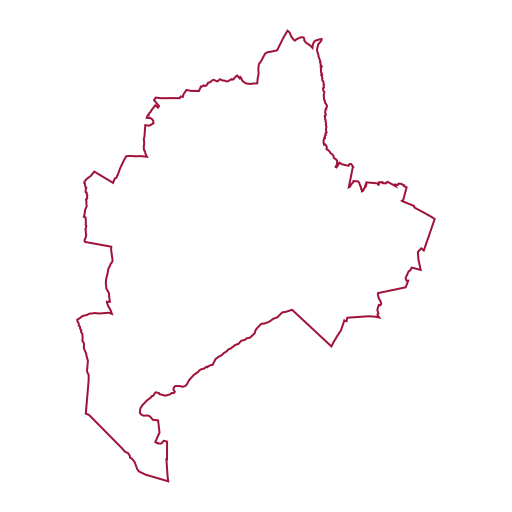 Huamantla, Tlaxcala, Mexico (Robinson projection)
{"feature_id": "50627088B18788314814014", "entity_name": "Huamantla", "entity_type": "district", "adm_level": 2, "iso_a3": "MEX", "parent_name": "Mexico", "parent_adm1": "Tlaxcala", "projection": "robinson", "projection_center": [-97.937, 19.323], "detail": "fine", "context": "isolated", "style": "outline", "palette": "rose", "viewbox_px": 512, "rotation_deg": 0, "n_neighbors": 0, "source": "geoboundaries", "source_scale": "gbopen_adm2", "svg_char_len": 5945}
<svg xmlns="http://www.w3.org/2000/svg" viewBox="0 0 512 512"><path d="M379.3,317.5L377.5,314.9L377.6,314.0L378.4,313.2L377.5,310.8L377.5,308.9L378.8,304.9L380.1,305.3L381.2,304.1L381.0,302.7L379.8,299.8L378.8,298.6L377.9,294.6L378.0,293.1L405.7,287.3L408.2,280.7L406.5,280.7L405.6,278.0L408.7,271.2L410.2,270.5L411.7,267.6L420.7,269.9L418.4,259.4L417.9,251.9L421.3,248.3L423.8,250.5L434.7,219.0L431.2,216.7L414.4,207.5L414.1,206.0L401.9,201.0L401.8,200.8L403.1,200.4L406.6,187.3L404.0,186.2L404.2,185.3L401.8,184.4L401.6,183.9L399.0,183.6L398.4,183.7L398.1,184.8L397.8,184.9L395.2,184.6L395.9,186.4L387.6,181.8L386.6,182.3L386.2,183.3L382.5,183.2L382.5,182.2L379.1,182.2L378.7,184.8L378.2,184.8L378.0,184.5L378.5,183.4L366.4,182.4L366.4,183.2L365.8,184.1L366.3,184.7L365.2,185.7L365.8,186.4L365.1,186.8L364.9,187.7L364.2,188.1L363.0,190.8L361.9,191.3L361.8,189.7L361.1,189.0L361.3,188.2L360.9,187.6L360.8,186.5L360.2,185.8L359.1,182.6L358.3,181.5L353.5,181.0L353.4,181.9L351.0,184.7L350.1,186.6L348.8,187.3L352.8,167.2L353.2,167.0L351.3,164.1L350.4,164.0L349.2,164.3L348.6,165.8L342.1,164.3L339.5,162.7L338.9,163.7L338.7,163.6L338.3,164.8L336.4,167.4L335.6,166.9L337.1,164.0L337.1,160.9L336.2,159.5L333.8,157.9L333.5,155.9L332.6,154.7L330.7,153.2L329.5,151.4L327.7,149.7L326.6,149.4L326.8,146.9L325.8,145.1L324.9,144.2L324.1,144.7L323.5,142.5L323.7,139.7L324.8,138.4L324.3,137.8L325.0,137.2L324.7,136.1L325.7,135.3L325.4,134.1L325.8,133.7L325.8,132.7L326.5,132.5L325.9,129.4L326.4,127.3L326.2,126.8L326.4,126.1L325.8,124.9L326.1,123.1L325.4,121.1L325.7,120.2L325.0,118.9L325.1,117.0L324.6,116.2L324.7,115.8L325.7,115.2L325.7,113.7L325.1,112.9L325.4,110.2L325.6,109.4L326.2,109.2L326.0,108.5L326.8,107.2L326.9,105.5L326.1,104.0L324.9,102.5L324.6,100.0L324.1,99.7L323.7,95.3L324.4,92.1L323.4,90.8L323.0,88.4L323.9,87.6L323.6,87.1L323.8,85.2L324.1,84.8L323.6,84.0L323.4,81.8L322.1,79.8L322.5,78.3L322.1,77.7L321.9,75.8L321.5,75.5L322.1,74.9L321.5,74.3L321.8,74.2L321.8,73.3L321.0,72.1L320.9,69.8L321.2,69.0L320.9,68.4L321.3,67.0L321.0,66.8L321.6,66.5L321.0,66.0L321.2,65.7L320.5,64.2L320.5,62.6L320.0,62.2L320.4,61.7L318.4,55.9L318.5,55.3L317.2,51.4L317.0,49.3L318.1,44.9L318.8,43.7L321.3,40.8L321.6,39.1L319.7,39.3L315.0,40.8L313.6,42.7L312.8,44.9L312.5,47.9L310.2,45.5L306.0,42.7L304.3,40.5L304.4,39.4L303.7,37.6L302.1,37.2L300.2,37.5L296.4,39.3L295.1,40.6L293.6,39.7L291.5,36.9L289.5,32.4L287.5,30.7L283.5,37.5L277.1,50.3L270.5,51.8L267.7,52.1L265.1,53.6L261.0,61.3L258.9,64.1L258.3,69.0L258.6,73.6L257.7,78.3L257.2,83.4L253.2,83.5L251.1,84.0L246.2,83.5L243.4,81.8L241.8,79.8L241.0,77.8L240.3,77.0L239.6,78.3L237.2,75.5L234.6,77.6L233.7,79.2L232.2,79.7L231.5,79.6L231.5,79.2L231.0,79.3L228.4,81.1L227.6,81.3L226.4,81.4L224.2,80.5L222.6,80.5L219.9,79.2L218.2,80.9L217.1,81.4L213.6,79.8L212.5,80.2L209.8,82.4L208.2,82.6L206.9,84.9L205.7,85.9L205.0,86.0L203.8,85.3L201.7,86.7L200.9,86.5L199.0,91.0L191.3,90.9L186.4,90.0L183.3,94.6L182.8,96.9L180.6,96.5L179.8,98.1L161.0,98.2L155.8,97.6L154.0,100.1L159.0,106.0L158.0,107.6L155.3,105.3L151.1,110.7L150.8,111.6L149.2,113.3L148.5,114.5L148.7,115.3L148.0,115.2L147.6,115.5L146.7,117.8L150.5,118.1L152.2,119.3L153.3,120.8L153.2,122.0L153.5,123.3L149.2,125.7L145.3,125.1L144.4,137.1L143.8,138.5L144.2,143.2L143.7,147.8L144.1,150.2L145.0,151.4L145.4,153.6L147.0,156.8L140.7,156.1L135.3,156.3L130.1,155.9L126.2,156.3L124.2,159.7L120.0,168.6L117.6,175.3L116.8,176.3L116.5,177.7L114.6,178.7L114.4,179.9L113.7,180.8L113.1,182.9L94.3,171.6L90.8,175.9L86.0,179.5L85.5,180.6L84.4,181.7L84.3,183.2L84.9,183.5L84.9,185.1L85.6,187.2L86.3,187.8L85.8,188.5L85.6,192.0L86.7,192.6L86.6,194.1L87.4,195.4L87.0,196.9L87.2,198.3L86.8,198.5L86.7,199.1L86.0,199.6L86.5,201.5L86.3,202.7L86.7,206.1L85.1,210.0L84.3,215.7L83.8,216.5L84.0,217.0L85.6,217.5L85.9,222.6L85.6,224.7L86.3,225.8L86.0,227.7L85.4,228.9L85.8,230.0L85.6,231.9L86.2,234.6L85.9,236.9L84.6,240.1L84.6,241.5L85.3,242.0L111.3,246.7L111.1,249.6L112.6,260.6L112.1,262.1L110.5,264.1L109.7,266.5L108.8,267.7L108.3,269.0L107.6,273.1L106.2,279.0L105.8,282.5L106.4,288.8L108.5,292.2L109.2,293.9L109.0,295.5L109.9,301.8L106.9,301.7L106.9,302.2L107.9,305.4L110.9,310.9L111.9,313.9L108.9,312.7L101.0,313.4L97.2,313.4L94.8,313.0L92.1,313.5L89.8,313.5L86.7,315.0L82.5,316.0L79.3,318.5L77.3,319.6L77.4,321.1L78.7,323.4L78.8,325.7L80.0,326.7L80.1,328.7L81.3,330.4L81.0,331.4L81.3,332.5L82.3,333.6L82.6,337.1L82.4,340.5L84.0,343.7L83.9,348.4L86.2,353.6L86.2,354.5L87.9,360.9L87.0,371.0L87.5,372.7L88.7,375.0L88.6,380.8L85.8,413.6L89.0,414.9L122.5,448.8L124.7,451.5L128.0,453.1L129.8,455.8L130.0,457.6L132.3,459.0L134.6,462.1L137.3,469.2L138.7,471.3L145.7,474.7L168.2,481.3L167.6,476.6L166.4,459.3L167.0,459.4L167.1,441.6L163.9,440.8L162.7,441.7L162.3,442.7L160.5,443.7L157.6,443.3L157.5,442.9L156.3,442.8L155.3,442.0L159.5,432.6L158.1,420.4L152.9,419.8L150.3,416.8L149.1,415.9L147.2,415.5L143.5,415.7L141.2,414.5L139.9,412.8L140.1,410.1L140.6,407.9L142.4,405.2L147.0,400.4L150.8,397.6L151.3,396.4L153.0,395.9L154.1,394.5L154.6,393.4L155.8,392.3L159.0,393.1L159.4,394.1L165.3,395.7L169.7,394.5L171.8,393.0L173.5,393.1L174.4,392.6L174.8,391.6L173.5,389.9L173.5,388.5L174.7,386.5L175.5,386.0L180.2,386.1L182.4,386.8L185.1,386.1L186.7,384.6L189.4,379.7L193.9,374.8L196.5,373.2L196.9,372.5L197.8,372.3L199.3,370.4L201.9,369.0L203.9,368.7L206.4,366.8L207.4,367.2L208.5,366.1L211.0,365.1L212.6,364.9L215.6,359.0L218.9,356.6L221.1,355.6L223.9,353.0L226.6,351.4L228.4,349.4L230.6,348.6L232.7,346.9L233.3,346.7L234.7,345.2L235.8,345.0L237.2,344.1L238.4,344.0L241.2,340.8L244.8,339.9L247.0,338.2L250.0,337.7L254.6,333.3L255.1,332.2L255.3,330.7L256.7,328.6L260.9,324.2L262.3,323.5L264.0,323.7L268.9,321.9L273.5,318.7L277.2,317.4L282.3,312.4L285.6,311.9L292.1,309.8L331.4,346.4L333.9,341.5L336.3,337.7L336.8,336.4L337.5,335.7L341.0,330.3L344.2,320.8L344.3,321.0L344.7,320.8L346.6,321.2L347.3,317.7L368.0,316.3L374.5,316.6L379.3,317.5Z" fill="none" stroke="#9f1239" stroke-width="2"/></svg>